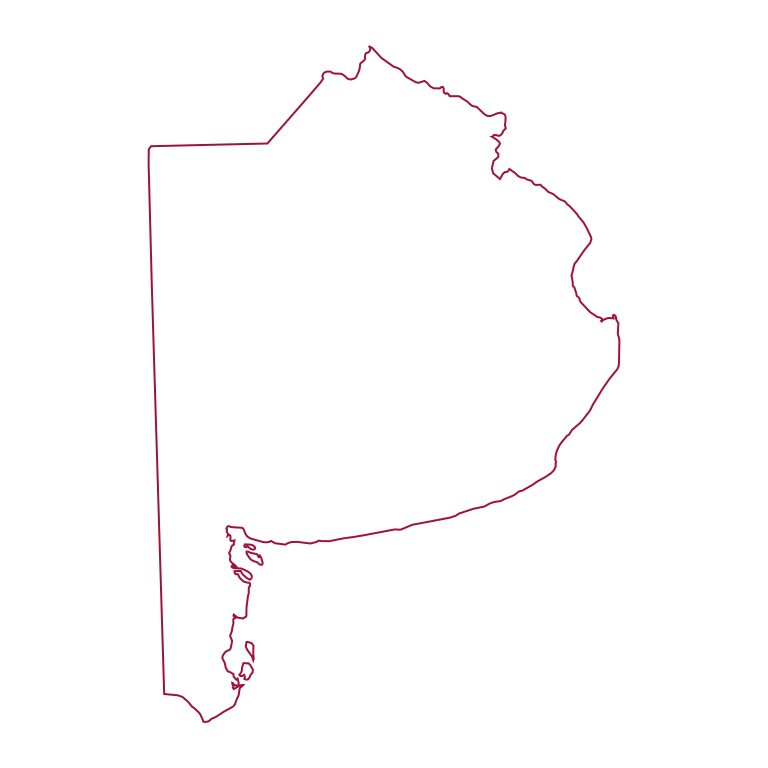 the border of Buenos Aires
{"feature_id": "ARG-1295", "entity_name": "Buenos Aires", "entity_type": "Federal District", "adm_level": 1, "iso_a3": "ARG", "parent_name": "Argentina", "parent_adm1": "", "projection": "albers", "projection_center": [-60.531, -37.151], "detail": "fine", "context": "isolated", "style": "outline", "palette": "rose", "viewbox_px": 768, "rotation_deg": 0, "n_neighbors": 0, "source": "natural_earth", "source_scale": "10m", "svg_char_len": 6060}
<svg xmlns="http://www.w3.org/2000/svg" viewBox="0 0 768 768"><path d="M619.4,340.9L619.0,362.6L618.6,366.3L617.3,369.2L609.7,378.5L602.5,388.9L592.9,404.6L590.2,410.2L582.3,420.5L579.8,423.2L572.2,429.7L569.3,434.2L568.5,435.0L567.3,435.5L561.6,442.3L559.4,445.5L557.7,448.9L556.4,452.4L555.6,456.0L555.3,459.8L556.1,461.9L555.6,463.6L555.7,466.2L555.5,467.2L553.8,470.3L551.3,473.0L544.9,477.3L537.7,481.2L532.8,484.7L522.0,490.8L519.6,491.2L518.7,491.6L515.1,494.5L512.5,495.9L504.4,499.1L500.6,501.1L494.5,501.9L489.5,503.6L484.5,506.5L473.4,508.8L459.1,513.5L455.2,516.1L453.1,516.5L450.7,517.5L412.2,524.8L401.1,529.5L399.6,529.7L394.9,529.4L364.2,535.2L353.5,537.0L343.1,538.4L329.2,541.2L321.6,541.1L319.0,540.6L318.2,540.8L316.7,541.9L310.5,543.5L297.4,541.9L291.4,542.0L287.0,543.5L286.3,544.1L285.3,544.6L274.8,543.2L273.9,542.4L272.6,542.1L271.5,541.0L271.0,541.0L269.7,541.7L267.0,542.3L263.7,542.2L251.1,538.7L248.5,537.4L246.5,535.7L245.1,533.1L244.0,530.0L243.1,528.5L242.1,527.8L231.2,527.1L228.5,526.0L227.1,527.0L226.4,528.5L227.1,529.3L226.7,531.1L228.0,534.3L227.6,535.8L228.6,535.0L229.5,534.9L230.2,535.5L230.5,536.6L230.4,539.9L230.6,540.5L231.3,541.0L234.5,540.4L233.7,543.3L233.9,544.6L232.2,545.5L231.6,546.3L230.7,549.4L230.1,551.2L229.2,552.7L229.1,553.3L230.4,555.4L230.3,557.0L229.9,559.7L230.5,561.2L231.7,562.6L234.7,564.9L236.1,566.5L234.2,566.2L232.4,565.3L231.5,566.5L232.1,567.4L233.6,568.0L235.2,568.3L240.4,568.4L242.1,568.8L247.4,571.3L250.3,573.4L251.8,575.6L251.9,576.7L251.6,577.7L251.2,578.6L250.5,579.3L249.7,579.7L249.1,579.5L248.2,578.8L246.9,578.1L243.0,574.7L241.7,572.9L240.8,571.1L240.2,570.9L239.4,571.2L238.1,570.9L234.4,571.3L234.8,572.9L235.2,573.7L235.7,574.2L238.1,574.3L239.1,576.8L240.4,578.6L243.2,581.2L244.5,581.9L247.8,582.7L249.4,582.8L249.8,583.2L250.2,585.2L249.9,586.1L249.1,586.9L248.8,587.7L248.7,593.8L248.0,595.7L246.5,607.6L246.4,615.3L246.1,616.7L245.7,616.7L243.4,618.2L243.2,618.5L238.2,617.8L236.7,616.9L233.8,614.6L233.5,615.5L233.8,616.4L235.2,618.1L233.6,618.9L233.2,619.6L233.5,622.9L233.2,624.4L232.4,627.5L232.0,630.5L230.8,634.1L230.3,634.8L230.1,635.7L232.0,640.7L231.9,642.5L230.8,647.6L230.2,649.3L228.8,650.2L225.9,651.5L224.8,652.7L223.6,654.3L222.7,656.0L222.3,657.8L222.7,659.0L224.7,662.8L225.8,667.8L226.4,668.6L226.4,669.0L227.6,671.0L228.2,671.5L230.3,672.2L232.5,673.6L233.3,673.9L233.5,674.3L233.5,676.4L233.8,676.8L234.7,677.6L235.5,678.9L236.4,679.7L237.6,678.6L238.6,682.5L238.6,684.7L237.6,685.7L234.4,685.1L233.0,683.2L232.3,682.8L232.4,684.3L233.5,686.3L233.4,687.0L232.9,687.5L233.5,688.8L234.0,689.1L239.1,685.9L241.1,685.1L243.2,685.0L242.4,685.9L240.1,687.8L239.6,688.9L238.6,695.4L236.7,699.3L235.0,704.1L233.3,706.4L223.7,711.8L215.9,716.9L211.5,718.8L209.3,720.8L208.0,721.5L206.6,721.8L204.9,721.9L203.3,721.7L202.7,719.5L200.1,714.1L199.2,712.8L195.1,708.9L191.8,706.4L188.2,701.9L182.9,697.3L181.9,696.7L177.7,695.3L164.2,694.0L151.8,285.1L148.6,163.5L148.8,149.2L151.1,146.2L185.8,145.4L267.4,143.5L307.7,97.4L320.5,82.5L323.1,78.7L322.4,76.1L323.1,74.0L324.3,72.7L325.2,72.2L326.9,71.6L329.3,71.5L330.5,71.7L333.2,73.3L334.2,73.5L341.5,73.8L344.8,76.0L347.3,78.5L349.1,79.2L350.8,79.5L351.9,79.2L353.9,78.7L355.7,77.7L356.3,76.8L358.9,71.2L359.7,68.2L360.2,64.2L360.4,63.6L360.7,63.2L363.7,60.8L364.9,59.3L365.1,58.8L364.9,56.2L365.5,53.8L366.1,53.2L368.5,52.3L369.4,51.4L370.0,50.4L370.2,49.1L370.2,47.9L368.8,46.1L372.3,48.0L381.5,58.0L393.8,66.8L396.7,67.6L400.1,69.3L402.7,71.6L405.4,75.9L406.4,76.9L415.8,82.2L418.6,82.8L424.5,80.9L427.4,83.1L430.1,86.3L433.6,88.3L439.9,88.4L440.9,87.3L442.6,86.8L443.0,87.1L443.6,88.4L443.7,89.6L443.7,91.7L444.0,92.6L445.2,93.5L445.9,93.8L446.9,93.2L447.4,93.2L448.9,94.7L449.5,96.0L450.1,96.2L457.6,96.2L459.5,96.4L460.9,97.3L462.1,98.3L467.3,101.6L471.1,105.2L472.5,106.0L476.0,106.8L477.3,107.4L484.5,114.3L487.4,115.9L490.8,116.0L497.4,113.3L501.2,112.6L501.2,112.9L502.6,113.4L504.4,114.3L504.9,114.8L505.4,116.1L505.6,117.8L505.4,121.6L504.9,125.4L505.6,127.4L505.8,128.4L503.3,130.9L502.3,133.3L501.2,134.6L499.8,135.6L498.3,135.9L496.5,135.1L493.9,135.0L492.7,136.5L491.9,136.7L496.0,139.2L499.2,142.0L500.0,143.6L498.6,146.4L496.9,148.1L495.8,149.6L495.9,150.7L496.3,151.9L498.2,153.7L498.4,154.5L498.3,157.0L493.6,160.9L491.9,168.3L493.2,173.3L500.0,179.0L502.8,173.9L504.7,172.2L507.3,171.8L508.8,170.2L509.4,169.0L514.9,172.9L518.1,176.0L520.6,177.4L524.9,178.1L527.0,179.5L531.5,180.8L533.9,184.1L535.8,185.0L539.8,184.7L540.6,184.8L541.9,186.4L545.0,188.6L548.3,191.9L553.4,194.2L559.1,199.0L564.8,201.4L567.2,204.2L570.0,206.5L576.6,213.6L579.0,217.1L583.5,222.4L586.6,227.8L591.1,237.2L591.4,239.4L590.1,243.0L584.3,250.2L576.9,261.0L574.7,263.6L573.7,266.7L572.4,272.5L571.5,275.2L572.7,281.9L572.7,284.4L573.0,286.1L574.3,287.3L576.3,293.3L576.5,295.1L576.7,295.9L577.9,296.6L579.5,298.4L579.8,300.4L580.8,302.2L590.2,312.2L597.2,316.9L600.3,317.7L601.8,318.6L602.4,319.7L601.1,320.9L601.6,321.5L602.9,320.3L604.4,319.4L607.5,318.2L609.1,318.0L613.7,318.4L613.0,316.5L613.2,315.2L614.2,314.9L615.6,316.1L616.7,320.7L618.4,323.1L617.8,334.0L619.2,338.8L619.4,340.9ZM244.5,663.1L246.3,663.3L248.6,663.3L250.4,665.2L253.0,669.9L252.5,672.5L250.6,674.9L249.4,677.6L247.9,679.5L246.1,679.6L244.4,678.9L244.8,676.3L244.1,674.8L242.2,676.0L240.4,676.0L239.3,674.9L240.5,673.4L241.8,670.9L242.1,667.4L243.4,663.2L244.5,663.1ZM259.3,555.8L259.6,555.4L260.2,556.0L261.2,557.8L262.5,562.1L262.7,563.4L262.1,564.6L260.7,564.8L259.3,564.2L257.2,562.3L252.9,560.8L251.4,559.9L250.2,558.8L247.3,554.8L246.6,553.1L246.5,551.7L247.8,551.5L250.3,552.7L257.0,554.2L258.4,556.4L258.6,557.2L258.9,557.2L259.2,556.7L259.3,555.8ZM246.6,642.0L247.8,641.9L251.8,643.3L253.5,645.7L253.3,649.5L253.3,654.2L253.7,659.0L253.3,660.3L251.9,656.3L250.3,654.2L247.2,649.7L245.7,646.4L246.6,642.0ZM247.2,546.2L246.2,547.2L244.9,547.0L244.2,546.0L244.9,544.4L250.2,544.6L252.8,545.3L254.8,547.0L255.2,548.1L254.7,549.0L253.6,549.6L252.3,549.6L251.0,549.1L247.2,546.2Z" fill="none" stroke="#9f1239" stroke-width="2"/></svg>